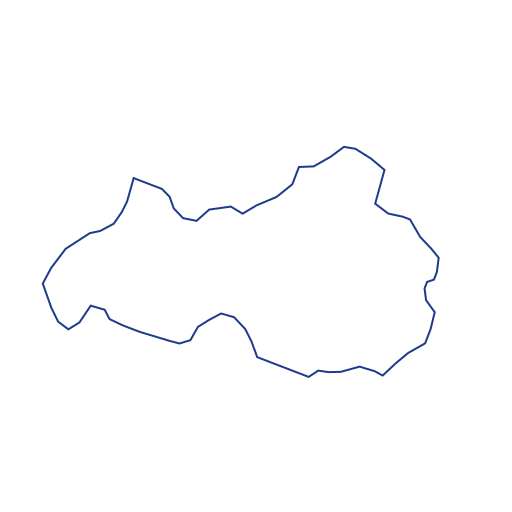 Sejong-si, North Chungcheong, South Korea, rotated 291°
{"feature_id": "91817680B40148089014896", "entity_name": "Sejong-si", "entity_type": "district", "adm_level": 2, "iso_a3": "KOR", "parent_name": "South Korea", "parent_adm1": "North Chungcheong", "projection": "robinson", "projection_center": [127.26, 36.564], "detail": "fine", "context": "isolated", "style": "outline", "palette": "blue", "viewbox_px": 512, "rotation_deg": 291, "n_neighbors": 0, "source": "geoboundaries", "source_scale": "gbopen_adm2", "svg_char_len": 1072}
<svg xmlns="http://www.w3.org/2000/svg" viewBox="0 0 512 512"><g transform="rotate(291 256 256)"><path d="M284.9,113.9L260.6,116.1L249.0,115.0L235.1,111.6L223.5,101.5L217.7,92.6L194.5,75.7L171.3,69.0L153.9,66.8L134.2,83.6L123.8,94.8L120.3,107.1L130.7,115.0L150.4,119.5L151.6,134.0L144.6,141.9L143.5,156.5L143.5,174.4L143.8,179.0L145.8,205.8L146.9,215.9L153.9,224.9L169.0,227.2L179.4,235.0L189.8,244.0L191.0,257.5L184.0,272.1L174.8,282.2L162.0,293.4L162.0,311.4L162.0,335.0L162.0,348.5L171.3,355.2L173.6,365.4L178.2,376.6L189.8,392.3L191.0,408.1L189.8,417.1L206.1,425.0L220.0,432.8L235.1,445.2L250.2,445.2L267.6,443.0L275.7,430.6L286.1,425.0L293.1,425.0L297.7,430.6L305.9,430.6L319.8,427.2L325.6,417.1L332.6,402.5L345.3,386.7L345.3,378.9L343.0,364.2L347.6,348.5L359.2,347.4L382.4,345.1L388.2,328.3L391.7,310.3L389.4,299.0L375.4,290.1L360.3,277.7L354.5,264.2L336.0,264.2L318.6,254.1L303.5,238.4L290.7,228.3L293.1,214.8L282.6,195.7L267.5,187.9L265.2,174.4L271.0,162.1L280.3,154.2L284.9,144.1L284.9,123.9L284.9,113.9Z" fill="none" stroke="#1e3a8a" stroke-width="2"/></g></svg>